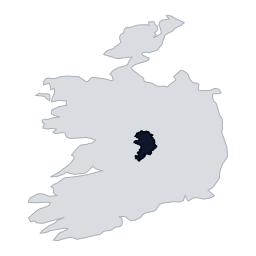 Birr Lea-6, Offaly, Ireland shown in context
{"feature_id": "5873133B95472927677681", "entity_name": "Birr Lea-6", "entity_type": "district", "adm_level": 2, "iso_a3": "IRL", "parent_name": "Ireland", "parent_adm1": "Offaly", "projection": "robinson", "projection_center": [-7.878, 53.106], "detail": "fine", "context": "in_parent", "style": "filled", "palette": "ink", "viewbox_px": 256, "rotation_deg": 0, "n_neighbors": 0, "source": "geoboundaries", "source_scale": "gbopen_adm2", "svg_char_len": 8214}
<svg xmlns="http://www.w3.org/2000/svg" viewBox="0 0 256 256"><path d="M172.9,30.8L165.8,34.5L164.7,35.8L162.7,41.5L162.5,43.1L158.1,49.5L155.6,50.8L151.8,51.8L149.7,52.8L147.0,52.3L143.6,52.4L141.9,53.5L142.0,54.4L143.0,55.4L149.3,58.3L148.9,59.5L147.2,60.9L135.9,64.3L132.6,66.4L131.4,67.7L132.6,70.0L141.6,76.8L143.1,77.6L144.4,81.6L152.4,83.2L155.6,85.7L158.4,86.3L164.5,86.1L167.0,87.0L168.3,86.3L169.1,85.0L175.9,80.1L173.8,76.5L180.6,70.4L182.5,70.4L185.8,72.3L188.4,74.9L189.3,78.5L191.8,81.6L193.4,82.7L197.8,83.3L198.9,84.6L198.1,89.1L198.8,90.6L209.9,90.5L214.4,88.5L218.2,88.9L220.1,90.9L221.0,93.0L217.7,93.8L214.2,93.4L212.5,94.8L212.5,97.4L213.7,100.9L216.0,103.3L217.9,108.8L219.5,114.9L222.0,118.6L222.5,123.1L222.2,125.4L222.7,129.4L221.6,130.8L222.5,134.6L226.7,146.8L227.6,156.3L225.6,159.9L222.9,163.3L221.2,167.3L219.9,171.6L219.2,178.6L213.4,186.8L210.9,188.8L208.0,190.1L214.4,195.8L209.3,198.3L203.6,199.1L197.4,197.7L193.5,197.9L188.6,200.9L187.5,200.3L185.1,195.6L183.4,200.5L179.8,202.0L173.7,201.7L163.4,203.0L159.5,204.4L157.8,206.5L156.6,209.0L155.0,210.5L153.2,211.3L145.2,213.1L143.7,213.9L140.0,217.9L135.1,220.2L131.1,220.9L127.6,218.6L126.1,217.2L124.5,216.4L119.0,216.6L120.8,217.3L121.9,218.9L122.4,222.1L121.8,225.2L119.1,226.8L115.9,227.1L110.8,230.3L104.1,231.2L100.4,234.2L78.2,239.2L76.9,239.3L73.9,238.0L70.5,237.4L67.2,237.8L57.9,240.6L53.4,240.1L59.2,233.1L67.0,229.6L67.8,228.6L65.3,228.1L50.6,230.6L45.4,232.7L40.3,233.3L42.7,230.1L49.4,225.7L55.1,222.9L57.5,220.3L64.5,217.4L42.2,223.4L36.3,222.7L35.0,221.0L30.4,221.8L28.7,217.7L35.6,211.6L39.5,208.9L44.2,207.5L48.7,205.5L50.4,203.0L48.3,202.2L34.9,202.8L28.4,202.3L28.8,200.3L30.0,198.1L36.8,194.3L40.4,193.7L43.6,194.1L49.2,196.3L56.8,195.6L53.7,193.2L53.2,188.3L50.8,186.7L53.9,184.4L57.4,183.0L63.4,178.4L65.5,177.7L77.1,176.5L89.7,174.1L102.1,170.7L95.8,168.8L92.7,166.3L87.8,171.3L84.3,173.3L74.3,174.3L71.1,173.7L66.7,172.2L65.3,172.8L64.0,174.0L57.4,176.4L50.4,177.0L58.5,172.5L68.9,164.8L71.2,162.3L74.4,158.1L73.5,156.2L71.4,155.1L78.8,146.4L81.5,144.8L86.2,144.6L89.7,143.2L91.2,143.2L92.6,142.7L95.6,140.1L91.0,138.4L86.1,137.5L71.1,138.4L69.2,138.2L67.3,137.4L66.1,136.3L65.2,133.3L64.1,132.7L60.8,132.7L57.4,133.6L55.1,133.5L52.8,132.2L56.5,129.2L51.8,128.4L47.1,129.0L43.1,128.1L43.0,126.2L44.8,124.3L42.5,122.5L42.1,120.2L44.6,119.1L47.3,119.5L52.9,117.8L60.0,117.0L53.9,115.3L51.5,113.9L51.4,111.7L51.9,109.9L59.0,106.7L66.6,105.3L66.1,103.3L66.6,101.0L59.0,100.4L51.5,102.0L52.3,97.7L54.2,93.8L54.6,91.2L54.2,88.5L50.7,89.7L50.3,85.8L48.9,83.2L43.6,85.0L43.8,81.5L45.3,79.1L48.1,78.0L50.8,78.5L55.8,78.4L60.6,76.6L67.6,76.1L78.7,76.7L86.3,81.9L88.3,81.0L91.4,77.7L92.8,77.3L104.3,78.8L111.4,80.6L113.3,80.0L112.3,76.4L109.9,73.9L113.0,70.6L116.7,68.4L119.3,67.3L125.0,65.9L127.6,64.6L129.3,60.4L131.9,56.9L117.4,58.7L103.7,54.5L105.9,51.6L108.8,49.9L113.8,48.6L114.3,47.1L116.8,45.8L121.0,42.4L119.5,38.0L120.3,34.9L123.4,32.8L124.3,29.9L125.7,27.8L131.8,27.0L137.7,25.0L146.7,24.7L149.1,25.5L148.6,22.0L152.8,21.5L154.5,22.2L155.2,24.7L157.2,26.3L157.8,29.1L156.5,31.3L154.3,32.9L156.3,34.6L153.2,37.7L156.5,36.4L161.3,33.4L161.0,30.9L160.2,27.8L158.9,25.1L159.5,22.0L162.1,20.1L169.1,19.1L166.2,15.7L168.8,15.4L171.6,16.1L175.7,18.8L184.3,22.6L180.1,25.9L174.9,28.3L172.9,30.8ZM50.0,99.1L49.7,100.7L46.4,98.7L44.8,96.4L35.7,95.3L39.5,93.1L41.4,93.7L47.9,93.8L49.7,94.8L50.0,99.1Z" fill="#d9dde1" stroke="#a8b0b8" stroke-width="1"/><path d="M150.1,154.5L150.1,154.2L150.5,153.9L150.8,153.7L151.1,153.4L151.1,153.1L151.3,152.9L151.2,152.8L150.9,152.7L151.2,152.4L151.1,152.2L151.1,151.5L151.4,151.1L151.6,150.5L151.9,150.3L152.3,150.2L152.5,150.2L153.1,150.0L153.6,149.7L153.4,149.1L154.3,148.5L155.0,148.2L155.7,147.6L156.0,147.2L155.9,147.1L156.0,146.9L156.3,146.8L156.5,146.4L156.6,146.1L156.4,145.9L155.4,145.6L155.5,145.5L155.5,145.2L155.3,145.0L155.2,144.9L155.0,144.6L154.9,144.6L154.7,144.5L154.4,144.2L154.0,143.8L153.9,143.5L153.9,143.4L154.1,143.1L154.4,143.0L154.5,142.9L154.4,142.8L154.7,142.7L154.6,142.4L154.6,142.0L154.1,141.5L154.0,141.4L153.8,141.0L154.1,141.1L154.4,140.9L154.3,140.7L154.0,140.7L154.2,140.4L153.9,140.3L153.8,140.2L153.8,139.9L153.9,139.6L153.7,139.3L153.4,139.1L153.1,139.0L152.6,138.4L152.4,138.4L152.1,138.4L152.3,138.3L152.6,137.7L151.9,137.2L151.7,137.0L151.4,136.4L151.4,135.8L152.6,135.2L152.5,134.9L151.9,134.8L151.7,134.8L151.6,134.7L151.2,134.4L151.0,134.6L150.4,134.9L149.7,134.3L149.6,134.2L148.5,133.5L148.9,133.2L149.0,133.1L149.3,133.0L148.9,132.7L148.6,131.9L148.2,131.9L147.9,131.8L147.6,131.8L147.2,131.6L146.7,131.7L146.1,131.5L146.1,131.4L145.3,131.6L145.2,131.7L144.9,131.8L145.1,131.9L144.8,132.3L144.5,131.9L144.2,131.9L143.9,131.9L143.2,131.8L142.7,131.5L142.5,131.3L142.3,131.2L142.2,131.2L141.8,131.1L141.5,131.1L141.3,131.0L141.2,131.1L140.7,131.3L140.4,131.8L140.5,131.9L140.4,132.0L140.5,132.1L140.4,132.3L140.0,132.4L139.7,132.5L139.3,132.6L139.0,132.6L138.6,132.5L138.4,132.7L138.3,132.9L138.5,133.0L138.3,133.1L138.1,133.2L137.7,133.4L137.3,133.2L136.9,133.3L136.7,133.4L136.7,133.6L136.6,133.9L136.7,134.2L136.7,134.3L136.8,134.4L136.5,134.6L136.4,135.0L136.2,135.2L135.8,135.3L135.6,135.7L135.6,135.8L135.5,136.0L135.3,136.2L135.9,136.3L136.1,136.5L136.3,136.8L136.5,136.8L136.6,137.4L137.4,137.5L137.7,137.6L137.8,137.8L138.6,138.2L139.2,138.6L139.3,138.9L139.3,139.2L139.2,139.3L139.3,139.4L139.2,139.4L139.2,139.6L139.0,139.9L138.6,140.3L138.5,140.5L138.2,140.8L137.8,140.9L137.4,140.8L136.9,140.8L136.8,140.7L136.5,140.8L136.3,140.8L136.2,140.8L135.6,140.8L135.1,141.2L134.9,141.4L134.7,141.5L134.5,141.9L134.1,142.1L134.1,142.3L134.4,142.4L134.4,142.5L134.5,142.5L135.1,142.8L135.3,143.0L135.6,143.2L135.8,143.2L135.8,143.3L136.1,143.4L136.3,143.4L136.7,143.5L136.9,143.5L137.0,143.5L137.5,143.7L137.5,143.9L137.7,144.0L137.8,144.1L138.2,144.0L138.6,144.2L138.9,144.3L139.0,144.5L139.3,144.6L139.5,144.7L139.9,144.8L140.1,145.0L140.3,145.1L140.6,145.2L140.7,145.4L140.7,145.5L140.8,145.7L141.0,145.7L141.1,145.8L141.4,146.0L141.5,146.1L141.5,146.3L141.2,146.3L141.2,146.6L141.5,146.9L141.4,147.0L141.5,147.1L141.4,147.3L141.1,147.5L141.1,147.8L141.2,148.0L141.2,148.3L141.0,148.5L140.9,148.5L140.8,148.8L140.6,149.1L140.8,149.2L140.7,149.3L140.8,149.4L140.7,149.4L140.7,149.5L140.4,149.5L139.9,149.4L139.5,149.6L139.6,149.8L139.9,150.2L139.7,150.2L139.6,150.3L139.6,150.5L139.6,150.8L139.5,151.1L139.5,151.4L139.7,151.7L140.0,151.9L140.1,152.3L139.9,152.4L139.7,152.5L139.4,152.3L138.9,152.2L138.7,152.2L138.2,152.1L138.0,152.4L137.6,152.5L137.5,152.9L137.5,153.0L138.0,153.3L138.4,153.7L138.5,153.8L138.4,154.1L138.8,154.7L139.0,154.9L139.0,155.1L138.8,155.2L138.6,155.1L138.5,155.4L138.6,155.6L138.4,155.8L138.1,156.1L137.3,156.2L137.0,156.1L136.6,156.0L136.0,155.6L135.8,155.6L135.7,155.8L135.5,156.0L135.3,156.2L135.7,156.8L136.1,157.2L135.9,157.7L135.7,157.9L135.9,158.0L136.0,158.2L136.0,158.5L136.4,158.4L136.5,158.4L136.7,158.6L137.0,158.6L137.3,158.7L137.3,158.8L137.5,158.8L137.9,159.0L138.1,159.0L138.4,159.1L138.3,159.3L138.1,159.4L138.1,159.9L137.9,159.8L138.0,159.9L138.0,160.0L138.4,160.3L138.4,160.5L138.7,160.6L138.8,160.8L139.3,160.9L139.5,160.7L139.5,160.4L139.9,160.1L140.1,159.8L140.3,159.8L140.4,159.6L140.3,159.3L140.4,159.2L140.1,158.8L139.6,158.4L139.8,158.2L140.6,158.6L140.8,158.8L140.9,159.2L140.9,159.3L141.2,159.2L141.5,159.0L141.8,158.9L141.7,158.9L141.8,158.8L141.7,158.7L141.7,158.4L141.6,158.1L141.8,158.1L142.0,158.2L142.6,158.3L142.7,158.2L142.8,158.0L143.0,158.0L143.1,157.9L142.8,157.6L142.7,157.4L142.8,157.5L143.2,157.3L143.3,157.3L143.6,157.1L143.8,157.1L144.0,157.1L144.2,156.9L143.7,156.5L144.2,156.4L144.6,156.1L144.9,156.0L145.0,155.9L144.8,155.8L144.7,155.6L144.4,155.5L144.2,155.4L143.9,155.2L144.0,155.2L144.1,154.9L144.0,154.7L144.9,154.7L144.9,154.4L145.1,154.4L145.2,154.2L145.7,154.1L145.8,154.0L145.7,153.9L145.8,153.9L145.8,153.7L146.1,153.5L146.4,153.3L146.8,153.2L147.0,153.1L147.1,153.3L147.3,153.3L147.2,153.6L147.3,153.6L147.3,153.8L147.8,153.7L148.0,153.8L148.1,153.7L148.1,153.8L148.3,153.8L148.8,154.0L148.7,154.2L148.8,154.3L149.1,154.3L149.3,154.2L149.5,154.4L149.8,154.4L149.9,154.5L150.1,154.5Z" fill="#0f172a" stroke="#020617" stroke-width="1.5"/></svg>